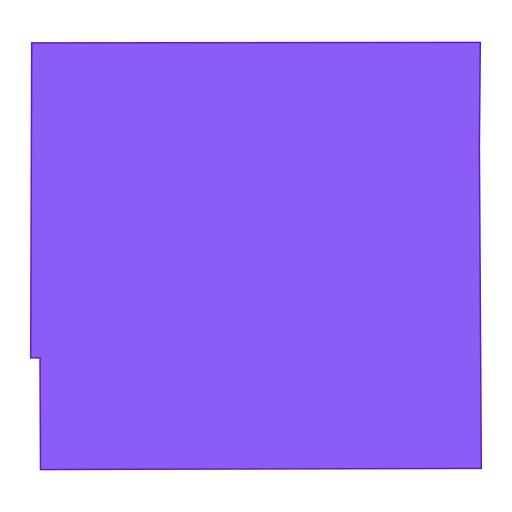 the district of Poweshiek, Iowa, United States of America
{"feature_id": "52423323B384503351074", "entity_name": "Poweshiek", "entity_type": "district", "adm_level": 2, "iso_a3": "USA", "parent_name": "United States of America", "parent_adm1": "Iowa", "projection": "natural_earth1", "projection_center": [-92.541, 41.686], "detail": "fine", "context": "isolated", "style": "filled", "palette": "violet", "viewbox_px": 512, "rotation_deg": 0, "n_neighbors": 0, "source": "geoboundaries", "source_scale": "gbopen_adm2", "svg_char_len": 246}
<svg xmlns="http://www.w3.org/2000/svg" viewBox="0 0 512 512"><path d="M371.3,468.7L481.3,468.4L479.4,147.0L480.3,42.4L31.7,42.9L30.7,357.9L40.0,357.8L40.5,469.6L150.2,469.2L371.3,468.7Z" fill="#8b5cf6" stroke="#5b21b6" stroke-width="1.5"/></svg>